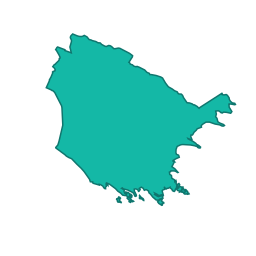 Kandieng, Pouthisat, Cambodia (Robinson projection), rotated 109°
{"feature_id": "14789045B76302811248791", "entity_name": "Kandieng", "entity_type": "district", "adm_level": 2, "iso_a3": "KHM", "parent_name": "Cambodia", "parent_adm1": "Pouthisat", "projection": "robinson", "projection_center": [104.048, 12.697], "detail": "fine", "context": "isolated", "style": "filled", "palette": "teal", "viewbox_px": 256, "rotation_deg": 109, "n_neighbors": 0, "source": "geoboundaries", "source_scale": "gbopen_adm2", "svg_char_len": 5761}
<svg xmlns="http://www.w3.org/2000/svg" viewBox="0 0 256 256"><g transform="rotate(109 128 128)"><path d="M54.7,199.5L56.0,200.7L56.7,201.9L57.3,204.1L57.4,206.0L57.1,210.9L59.4,212.0L60.9,212.1L61.8,211.6L63.3,210.1L64.8,209.6L70.3,209.3L75.4,206.1L75.3,213.0L74.6,213.0L74.5,213.5L74.3,220.9L75.0,221.4L77.5,221.9L77.9,221.0L81.5,216.9L83.2,215.3L83.9,215.0L84.6,215.6L85.9,215.3L87.0,215.5L90.4,217.2L91.4,217.5L92.0,218.3L94.5,219.1L95.4,217.0L96.5,215.9L97.7,215.7L98.3,216.5L98.9,216.9L99.0,217.3L99.7,217.6L100.3,217.1L104.9,217.4L108.2,218.0L108.8,217.7L116.5,218.4L116.9,213.7L117.1,212.4L117.3,212.1L117.2,211.3L117.6,210.1L118.5,208.6L128.6,198.1L130.2,197.1L146.5,190.6L163.0,188.9L166.9,188.8L169.9,190.0L170.4,189.7L173.8,178.9L174.6,177.2L175.2,174.4L175.4,171.3L178.9,164.5L181.3,159.2L183.5,155.3L189.0,147.7L191.1,146.1L190.5,143.8L191.3,143.6L191.6,142.8L191.3,136.6L190.6,136.9L190.5,135.6L191.1,132.9L192.4,131.4L192.9,130.0L192.7,129.4L191.3,130.0L189.7,129.3L189.0,130.1L188.0,130.4L188.1,129.9L187.7,129.5L188.4,128.5L187.7,128.8L187.2,130.5L186.9,131.0L187.1,127.2L189.4,120.1L191.1,116.9L191.9,113.8L193.2,111.3L192.8,108.5L192.6,108.2L190.9,108.2L190.5,107.8L190.9,107.7L191.9,108.0L192.8,106.9L193.0,105.6L193.4,105.2L194.2,106.0L194.6,106.0L195.8,103.7L195.8,102.5L196.4,100.0L195.5,98.8L195.3,99.1L195.4,100.4L193.8,103.0L193.7,103.7L193.3,103.9L193.4,102.9L192.5,102.2L192.1,103.4L193.2,104.8L191.6,104.2L191.0,104.6L190.6,104.3L189.6,105.3L188.9,107.0L189.2,107.9L189.5,107.5L189.8,107.8L189.2,108.7L189.7,109.2L189.4,109.5L189.9,110.0L190.7,109.2L190.8,109.8L189.3,111.1L187.8,111.4L187.5,111.9L187.5,113.3L187.2,113.6L187.1,114.4L186.5,113.9L187.1,112.5L186.7,108.3L187.4,102.9L187.9,101.5L190.2,99.3L190.2,98.6L189.5,98.0L188.7,98.3L186.3,100.6L186.2,101.2L183.8,102.2L183.1,101.0L183.0,99.6L183.3,98.5L184.5,97.4L184.3,97.0L183.6,97.2L182.7,96.5L182.1,96.5L181.4,97.7L179.6,96.2L180.1,93.9L181.4,92.6L181.5,92.0L180.7,91.4L180.3,90.4L180.8,88.9L180.7,88.2L182.5,87.0L183.1,85.4L185.3,82.0L186.9,78.0L186.4,75.5L185.3,75.2L184.8,74.7L183.0,72.2L182.6,72.7L181.7,72.6L181.2,73.1L181.3,74.7L182.9,76.6L183.0,77.8L182.2,81.1L181.9,80.9L182.4,78.7L182.2,77.3L181.4,79.3L181.2,80.9L180.9,81.3L181.1,79.4L181.7,77.2L181.6,76.4L180.1,74.4L180.3,73.0L180.1,72.7L176.4,75.2L175.8,75.2L175.1,74.7L173.8,73.1L171.8,74.7L172.8,73.4L173.1,71.8L172.3,71.3L171.7,70.1L170.4,69.0L170.8,68.9L171.7,66.5L172.8,65.5L173.0,63.7L172.2,63.2L170.3,63.2L169.0,62.7L166.3,63.1L164.7,64.5L162.9,65.0L162.1,65.6L163.5,66.2L161.9,67.1L161.2,70.2L158.7,71.5L158.3,73.4L156.2,74.5L155.4,73.5L154.6,73.5L153.5,70.3L153.5,68.5L154.0,66.6L153.7,66.2L151.3,70.4L150.3,73.9L145.5,73.2L144.8,73.8L144.7,73.0L144.3,73.6L144.5,74.8L144.0,74.8L141.5,72.7L139.0,70.0L137.6,71.0L137.2,71.4L137.1,73.6L135.7,74.7L132.6,75.6L129.4,75.5L126.7,72.7L125.8,70.9L123.7,63.4L123.1,59.3L123.1,57.9L123.0,57.3L122.1,56.3L121.5,56.1L121.2,56.5L121.3,57.4L120.4,59.0L119.5,62.1L118.7,67.6L118.4,67.9L118.6,63.7L118.3,63.6L115.8,65.8L114.2,66.2L113.7,64.9L113.1,64.6L110.6,64.2L107.8,62.7L106.2,62.3L103.3,58.8L102.1,59.5L101.5,59.4L99.8,58.4L97.1,56.2L95.9,52.9L95.9,47.0L95.2,42.4L95.5,39.7L95.0,38.2L94.5,37.8L94.2,37.6L93.6,38.8L93.4,43.0L92.8,45.1L89.9,47.0L88.8,48.8L86.0,49.0L83.5,50.6L82.3,48.3L82.5,46.8L83.2,45.1L82.9,44.4L83.2,43.9L81.8,42.6L81.1,39.8L80.6,35.7L78.7,35.1L75.4,39.1L72.9,40.2L72.4,39.6L72.2,39.9L72.0,39.5L71.3,34.8L70.8,34.1L69.9,35.1L70.3,37.6L69.4,39.8L68.0,41.5L66.6,42.2L64.7,44.7L64.4,46.1L65.5,48.0L65.8,50.1L65.5,50.5L64.1,50.1L85.3,66.8L86.2,67.2L85.8,68.4L85.2,69.3L84.5,72.6L84.8,73.7L84.3,75.2L84.3,78.0L84.9,80.4L81.2,85.4L79.4,87.0L78.6,88.6L79.2,90.8L79.1,91.7L77.8,93.2L77.6,96.1L76.7,98.9L75.9,103.3L73.2,107.3L69.5,111.6L69.1,113.6L69.2,118.5L69.9,123.3L70.4,124.7L69.4,125.6L69.2,128.3L67.7,131.1L66.9,136.9L66.8,139.5L67.5,140.4L67.6,142.6L66.8,144.5L66.9,146.5L65.6,148.0L65.6,148.5L59.3,147.0L58.1,147.2L56.9,150.9L55.3,161.7L55.6,163.2L57.2,166.0L57.6,167.2L56.3,170.1L56.0,171.8L56.3,173.2L57.9,174.9L58.2,176.3L57.5,180.4L57.0,181.1L56.6,182.1L57.2,184.0L56.7,186.6L57.0,190.4L56.8,191.3L57.0,193.6L55.2,196.4L54.7,199.5ZM170.9,58.1L170.5,57.1L170.9,57.2L171.2,56.6L170.7,55.7L171.0,55.4L170.8,54.8L170.1,53.4L171.6,53.9L172.0,53.1L171.5,51.4L170.1,50.2L168.6,51.0L168.2,51.9L168.2,52.3L169.7,53.1L168.5,53.3L168.6,54.7L166.9,56.0L166.8,56.4L168.7,56.6L169.3,57.1L169.0,57.3L167.9,57.0L167.4,57.3L167.2,57.0L166.0,56.9L166.2,57.7L166.5,57.8L166.3,59.9L166.5,60.3L168.2,60.7L169.2,61.6L170.1,62.0L170.9,60.8L170.9,58.1ZM188.9,71.3L187.2,69.7L186.7,70.2L186.9,70.7L186.2,72.5L184.3,72.5L184.2,72.8L184.4,73.4L185.9,74.8L188.1,76.0L189.3,74.3L190.1,70.9L189.8,70.5L189.2,70.5L188.9,71.3ZM200.9,112.6L200.8,110.2L200.4,110.2L199.7,112.0L199.4,112.3L198.4,112.4L198.0,113.3L197.3,113.5L197.6,112.6L196.8,112.3L196.2,113.4L196.2,114.3L196.7,114.4L197.2,113.9L198.6,115.6L199.1,115.6L200.2,114.2L200.8,114.1L201.3,113.5L201.3,113.0L200.9,112.6ZM168.0,61.3L166.0,60.5L165.5,60.9L164.7,60.7L163.9,61.8L164.9,62.7L165.5,62.8L168.0,62.1L168.2,61.6L168.0,61.3ZM189.0,94.0L190.4,94.5L190.9,94.1L190.6,91.5L191.5,89.8L191.4,89.5L190.6,89.9L189.9,90.7L189.0,94.0ZM123.6,55.9L123.8,54.9L123.6,53.7L123.2,53.1L122.4,53.2L121.6,55.2L122.5,55.8L123.6,55.9ZM190.6,104.3L191.6,103.5L192.1,102.3L191.8,102.0L190.6,102.2L190.1,103.0L189.7,103.8L190.6,104.3ZM196.0,101.9L197.2,103.0L197.4,102.8L197.5,101.4L197.1,101.3L196.0,101.9ZM171.3,50.1L170.4,48.8L169.9,49.3L169.9,49.8L171.2,50.5L171.3,50.1ZM189.0,94.0L188.7,93.9L188.0,95.1L188.5,95.1L188.9,94.6L189.0,94.0ZM168.5,53.3L168.6,52.9L167.7,52.8L167.4,53.4L167.6,53.7L168.5,53.3ZM170.9,58.1L171.5,58.4L171.8,58.4L171.3,57.7L170.9,58.1Z" fill="#14b8a6" stroke="#0f766e" stroke-width="1.5"/></g></svg>